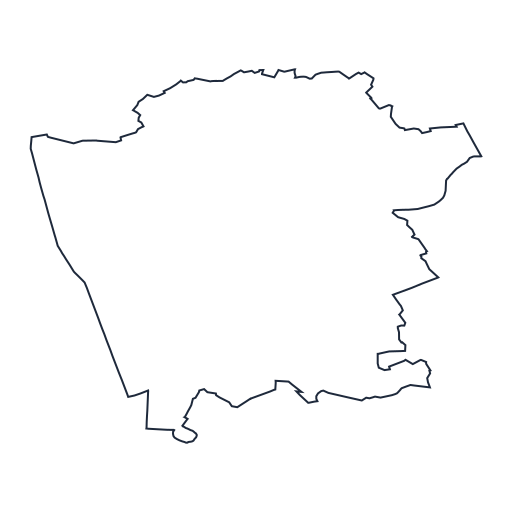 Lestenes pag., Tukums, Latvia
{"feature_id": "27541924B48713884824227", "entity_name": "Lestenes pag.", "entity_type": "district", "adm_level": 2, "iso_a3": "LVA", "parent_name": "Latvia", "parent_adm1": "Tukums", "projection": "equal_earth", "projection_center": [23.152, 56.775], "detail": "fine", "context": "isolated", "style": "outline", "palette": "slate", "viewbox_px": 512, "rotation_deg": 0, "n_neighbors": 0, "source": "geoboundaries", "source_scale": "gbopen_adm2", "svg_char_len": 5848}
<svg xmlns="http://www.w3.org/2000/svg" viewBox="0 0 512 512"><path d="M180.8,80.6L180.4,81.1L176.2,84.4L170.1,88.2L163.7,91.2L164.7,92.9L158.9,95.6L153.9,96.9L147.3,94.8L142.9,99.0L138.6,101.8L137.3,105.1L133.0,110.2L137.7,112.9L140.2,115.1L138.7,117.7L138.4,120.9L141.3,122.5L143.5,126.4L142.5,126.9L142.0,127.0L138.0,129.1L136.1,132.3L134.9,132.8L132.4,133.5L127.2,135.1L120.6,137.2L120.5,137.3L121.1,140.4L115.8,142.2L97.0,140.7L96.3,140.5L82.8,140.7L82.2,140.8L73.8,143.3L73.4,143.3L51.3,137.8L48.0,136.9L47.8,136.7L46.8,134.5L31.6,137.1L31.3,140.7L30.8,145.9L30.7,148.8L32.0,153.2L36.2,169.3L38.5,177.4L39.6,182.2L41.1,187.8L43.4,195.9L44.6,199.5L47.4,209.9L48.2,212.9L49.5,217.4L52.3,226.9L54.7,235.3L55.3,237.2L57.0,243.2L57.7,245.8L61.0,251.1L61.8,252.6L62.2,253.3L63.9,255.8L66.1,259.4L68.0,262.3L69.7,264.9L72.2,269.0L73.8,271.6L74.9,272.8L77.7,275.5L80.5,278.3L82.3,280.1L84.6,282.5L86.9,288.0L88.8,293.2L98.2,318.0L100.0,323.0L102.3,329.1L104.3,334.1L106.5,340.2L109.3,347.4L110.4,350.2L112.4,355.8L118.9,372.7L121.8,379.9L127.4,394.6L128.2,396.9L134.5,395.5L140.4,393.5L148.1,390.5L148.2,391.1L148.0,391.5L148.1,391.8L147.3,411.0L147.0,415.7L146.7,422.0L146.6,426.0L146.5,428.1L146.4,428.5L148.9,428.8L149.1,428.8L149.5,428.8L152.9,429.0L167.3,429.8L173.9,429.9L174.2,430.1L173.1,431.7L173.0,433.8L173.5,436.1L174.6,437.6L176.8,439.0L179.4,440.3L182.3,441.4L184.5,442.0L185.8,442.6L186.7,442.7L187.6,442.6L188.1,442.1L189.0,441.9L190.8,441.7L192.1,441.4L193.4,440.7L194.6,438.9L196.1,437.3L196.6,436.0L196.8,435.0L196.3,434.1L196.0,433.5L194.7,432.6L194.0,431.9L192.6,430.8L191.4,430.4L190.3,430.0L189.2,429.4L187.3,428.5L186.3,428.2L185.6,427.9L184.6,427.2L183.8,426.7L182.9,426.4L182.4,425.8L185.6,421.5L187.4,419.1L187.6,418.9L187.3,418.7L185.5,417.7L184.6,417.2L184.8,417.1L186.5,414.1L188.0,411.2L190.2,407.3L191.3,405.1L192.9,398.8L195.5,397.8L198.9,392.2L199.3,390.5L204.1,389.1L207.4,392.2L215.9,393.5L216.1,395.2L219.5,397.4L229.2,402.3L231.8,406.2L237.3,407.2L243.8,403.0L246.6,401.2L250.5,398.6L250.7,398.8L251.2,398.4L270.1,391.5L274.1,389.8L274.3,389.8L275.3,389.5L275.6,384.7L275.7,383.1L275.7,382.2L275.6,380.8L288.6,381.6L291.9,384.4L301.5,391.9L300.1,391.8L296.4,391.4L299.8,395.0L308.2,402.8L309.2,402.7L314.4,401.6L317.4,401.2L316.3,398.8L316.3,396.2L318.0,393.4L321.2,391.1L323.3,390.6L328.4,392.9L347.1,397.2L361.8,400.5L366.2,397.7L369.5,398.3L372.9,397.3L375.0,396.6L380.5,397.6L391.8,395.2L395.2,394.1L397.0,393.3L398.3,392.0L399.2,391.0L400.3,389.8L400.7,389.2L401.7,388.2L406.2,386.5L409.6,385.3L410.3,385.0L411.3,385.1L414.2,385.5L417.5,385.9L429.9,387.4L429.4,386.0L428.0,382.3L427.2,378.1L430.1,373.4L429.4,370.7L430.4,370.4L426.2,363.9L426.2,363.6L426.0,362.4L426.1,362.0L421.3,360.0L420.9,359.9L420.4,360.0L412.8,364.1L405.5,359.8L404.6,360.5L404.0,360.9L389.1,366.6L389.9,369.3L384.5,370.1L378.8,367.7L377.7,363.5L377.7,353.9L378.7,353.9L378.8,353.8L378.9,353.7L386.5,352.0L389.4,351.4L390.3,351.4L400.8,351.1L405.1,350.9L405.4,345.1L402.1,342.2L401.4,342.5L399.1,339.4L399.0,332.2L397.8,328.1L397.8,326.7L401.2,325.5L404.3,325.6L405.3,322.8L399.3,314.6L399.5,314.5L401.1,312.5L402.8,310.4L402.7,310.1L402.0,308.4L400.9,305.9L400.0,304.8L399.8,304.6L396.4,299.9L392.9,294.8L411.9,287.8L422.3,283.5L437.9,277.6L438.3,277.4L429.3,269.2L426.5,263.4L425.5,261.2L421.3,258.2L421.4,256.6L420.7,255.9L420.4,255.3L420.8,255.0L421.9,254.7L426.3,253.4L426.0,251.9L426.4,251.2L426.8,251.1L426.2,250.3L425.3,249.1L424.5,247.8L421.9,244.1L418.6,239.4L418.2,239.1L415.0,238.1L413.3,237.6L412.1,237.1L412.0,236.9L412.4,236.6L412.8,236.1L414.5,234.6L413.7,232.9L412.3,229.8L409.5,227.3L407.1,225.0L407.3,222.2L407.4,220.7L404.4,219.0L402.0,218.3L398.1,217.2L392.7,212.8L394.1,210.5L394.0,210.3L397.8,210.0L402.7,209.8L408.9,209.7L417.7,209.0L422.4,207.8L428.8,206.2L434.3,204.6L438.8,201.6L440.5,200.2L443.0,197.8L444.3,195.4L445.6,190.8L446.1,180.5L447.1,178.8L447.6,178.6L450.7,174.8L451.6,174.0L453.4,171.9L456.6,168.6L459.5,166.6L461.8,164.8L464.4,163.5L465.1,163.0L467.0,161.8L469.7,158.0L473.1,156.6L474.3,156.4L481.0,156.4L481.3,156.3L476.7,148.1L473.4,142.2L469.7,135.4L467.3,131.3L467.1,130.9L463.4,123.4L455.7,125.0L456.6,126.7L450.2,127.0L440.8,127.4L429.9,128.5L430.7,131.1L426.7,132.1L422.1,133.1L420.6,131.1L418.5,129.2L413.8,128.5L404.9,130.1L404.4,128.5L403.9,128.3L399.5,127.6L399.2,127.3L395.8,124.1L395.4,123.6L393.9,121.4L390.8,116.8L391.0,113.8L392.0,106.8L392.1,106.7L392.3,106.3L391.8,106.1L391.5,106.1L391.2,106.0L391.1,105.8L391.1,105.7L390.8,105.5L390.6,105.4L389.4,105.2L389.1,105.1L388.9,105.1L388.7,105.1L388.1,105.4L380.5,108.5L380.0,108.6L379.7,108.6L379.1,108.4L378.8,108.3L377.7,107.0L372.3,100.6L370.9,99.0L370.5,98.8L370.3,98.5L371.4,98.0L371.3,97.8L366.4,92.9L366.2,92.6L372.4,86.7L371.1,84.7L373.3,79.8L373.5,78.6L373.5,78.3L367.0,74.1L365.9,73.3L364.6,72.4L364.5,72.5L361.2,74.1L358.6,72.6L356.0,74.0L349.2,78.5L348.8,78.5L348.6,78.1L347.6,77.5L343.1,74.4L341.4,73.2L339.7,72.0L338.9,71.6L338.2,71.6L337.5,71.6L335.7,71.7L332.9,71.9L326.4,72.3L324.1,72.5L321.2,72.7L317.3,74.0L317.1,74.1L315.7,74.6L315.4,74.8L311.8,78.5L311.7,78.5L310.9,78.6L309.7,78.7L306.6,77.2L305.8,76.9L304.1,76.7L302.4,76.7L300.3,76.8L299.1,77.0L296.0,77.7L295.0,77.7L295.3,77.1L295.4,76.8L295.4,76.5L295.5,76.2L295.5,75.9L295.4,75.5L295.1,74.7L294.9,74.0L294.7,73.2L294.6,72.9L294.6,72.0L294.6,70.9L294.7,70.3L294.8,69.8L295.0,69.3L294.8,69.3L284.5,71.7L284.2,71.7L278.5,70.0L278.2,70.7L274.3,77.3L262.0,74.2L262.0,73.6L263.3,70.0L259.5,70.1L259.3,70.2L259.2,71.3L259.0,71.5L254.7,72.9L251.8,70.8L248.0,71.6L244.0,72.3L241.4,70.7L240.7,70.4L238.5,71.6L234.0,74.0L230.6,76.4L226.9,78.4L224.2,80.0L222.8,80.9L215.8,81.0L215.8,80.9L213.7,81.0L211.8,81.1L210.4,81.4L196.7,78.6L196.0,78.6L194.8,78.3L193.6,79.9L187.7,81.2L186.2,82.3L183.0,82.4L180.8,80.6Z" fill="none" stroke="#1e293b" stroke-width="2"/></svg>